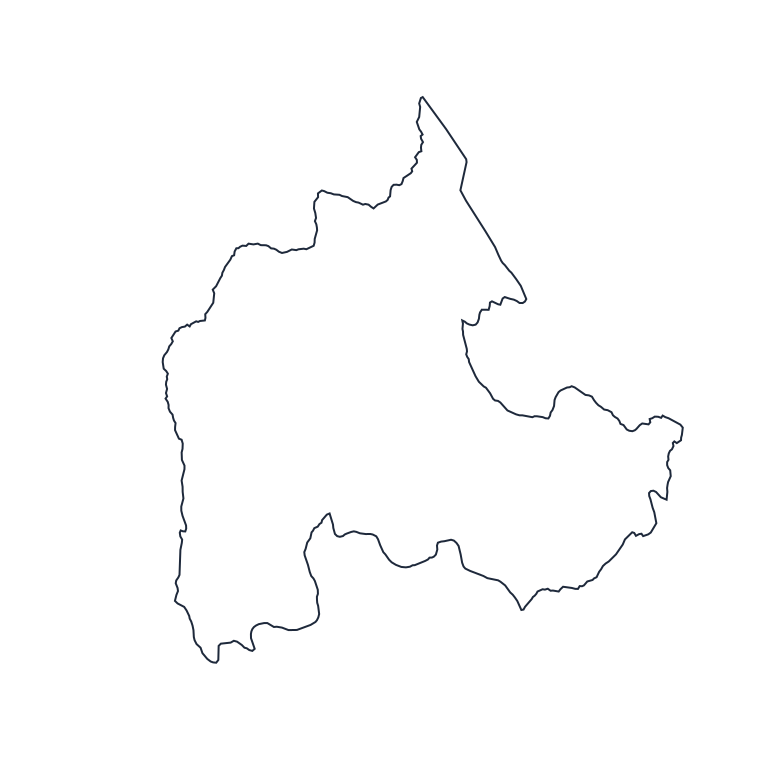 outline of Sirisia, Western, Kenya, rotated 161°
{"feature_id": "3690345B98600192059761", "entity_name": "Sirisia", "entity_type": "district", "adm_level": 2, "iso_a3": "KEN", "parent_name": "Kenya", "parent_adm1": "Western", "projection": "equal_earth", "projection_center": [34.469, 0.737], "detail": "fine", "context": "isolated", "style": "outline", "palette": "slate", "viewbox_px": 768, "rotation_deg": 161, "n_neighbors": 0, "source": "geoboundaries", "source_scale": "gbopen_adm2", "svg_char_len": 6154}
<svg xmlns="http://www.w3.org/2000/svg" viewBox="0 0 768 768"><g transform="rotate(161 384 384)"><path d="M466.4,560.8L469.3,559.4L472.8,560.9L475.4,560.6L477.4,559.8L479.4,560.4L482.1,557.9L483.8,554.5L486.2,554.4L488.8,551.6L496.2,546.4L498.3,543.9L500.6,541.8L502.0,539.2L504.2,537.5L510.9,531.1L515.2,529.0L515.0,525.0L519.0,516.4L527.6,509.7L530.3,508.2L531.3,504.6L532.7,502.4L537.5,503.5L539.5,503.2L541.2,504.4L547.1,503.4L549.0,501.7L550.8,504.2L553.6,503.1L556.5,503.6L559.2,503.3L561.1,501.4L564.0,501.5L570.1,496.7L569.8,493.1L572.2,491.0L574.8,489.5L576.6,487.0L578.8,484.9L582.4,482.7L584.6,480.2L586.1,476.8L587.3,470.2L585.7,467.1L585.0,464.1L587.0,461.7L587.4,459.1L589.2,457.0L590.4,454.3L590.7,450.0L593.1,446.4L593.1,442.9L595.3,441.3L594.3,437.6L594.5,434.3L595.6,431.3L595.4,427.5L593.9,423.9L594.4,420.7L594.5,417.9L593.8,414.9L595.5,411.4L596.6,408.4L595.7,399.1L593.5,397.2L593.7,393.2L595.6,388.3L597.6,385.2L599.8,378.0L599.2,371.8L600.4,368.4L606.8,358.6L607.9,352.4L609.5,347.5L610.9,341.1L615.6,334.1L616.9,330.2L617.4,325.0L617.2,314.7L618.1,311.7L619.9,309.3L622.1,310.2L623.9,311.7L625.5,309.9L626.2,306.2L625.5,302.6L626.9,299.6L630.5,293.5L639.5,270.1L641.5,268.0L644.4,265.9L645.8,263.4L645.6,258.3L646.2,255.3L648.9,252.2L652.3,247.0L650.6,243.7L645.5,238.3L644.4,234.1L643.7,228.1L644.1,225.4L643.6,222.2L643.7,217.8L644.3,213.3L646.2,206.6L646.5,203.4L645.9,199.1L643.3,194.4L643.3,188.6L640.6,181.6L638.2,178.0L636.2,176.4L633.4,175.1L630.5,177.0L625.6,190.2L622.8,191.6L613.2,189.4L609.6,190.1L606.8,188.2L603.4,183.5L601.8,180.1L599.8,178.8L598.0,176.3L595.4,174.5L592.5,175.7L592.5,187.0L591.2,191.0L589.9,193.3L588.3,195.1L586.2,196.5L583.7,197.3L580.6,197.7L575.3,197.0L572.1,195.9L567.2,190.1L564.4,189.4L559.8,186.9L554.4,182.4L546.4,179.8L531.9,180.1L526.3,181.3L524.3,182.5L522.1,184.7L520.2,187.6L518.5,195.7L518.4,198.8L517.7,201.5L516.7,204.7L514.8,207.1L513.6,211.0L513.5,220.2L514.0,223.1L515.3,226.1L515.4,230.4L514.8,237.7L514.8,247.8L514.1,251.0L511.8,253.6L508.2,259.1L503.9,262.1L500.8,267.3L498.9,268.4L496.8,270.4L493.1,270.7L490.6,272.6L488.3,273.2L486.8,275.5L480.6,279.1L477.6,279.3L478.0,267.7L478.8,264.4L479.2,258.2L477.8,255.4L475.5,253.9L472.3,253.6L470.1,254.5L468.1,254.7L463.2,254.8L460.5,254.5L458.3,253.2L455.4,250.7L450.2,248.1L445.7,246.6L443.7,245.4L440.9,242.5L440.2,239.2L440.1,232.9L439.4,225.2L438.2,222.5L436.4,216.2L434.8,212.9L431.6,209.1L427.2,205.4L423.0,203.5L418.9,202.8L416.0,203.3L413.9,202.7L402.7,203.3L399.5,203.8L397.5,205.0L395.2,204.3L393.1,204.5L390.5,205.8L387.5,210.1L386.5,214.0L384.7,216.4L381.3,216.4L378.1,215.7L371.3,214.9L368.9,213.2L367.2,210.1L366.2,206.6L367.0,198.0L368.3,189.6L368.2,185.5L367.2,183.0L363.4,179.2L352.5,170.1L349.5,166.8L340.0,161.2L338.3,159.2L335.0,154.1L332.5,145.8L330.9,142.9L329.7,139.4L328.6,135.4L327.7,125.6L325.5,125.3L323.2,127.4L314.3,132.6L312.6,134.1L310.4,134.8L308.2,136.1L306.4,137.8L300.9,138.3L298.8,137.2L295.8,137.1L293.8,134.3L291.5,133.7L286.4,130.9L284.0,132.5L280.7,134.0L272.8,130.0L269.8,128.0L267.3,127.1L264.8,129.2L262.5,128.3L260.5,128.5L256.1,131.1L250.6,130.8L248.7,131.8L245.9,132.1L241.7,136.4L239.0,138.2L236.3,140.6L232.9,142.1L229.3,143.0L220.1,147.4L210.5,154.5L206.8,158.6L197.6,163.0L195.9,161.7L195.2,158.4L191.7,159.0L189.3,158.6L188.5,155.8L183.1,155.8L180.1,156.7L171.8,163.7L170.2,174.8L170.3,179.5L169.6,188.3L169.7,191.7L168.9,194.6L166.6,195.9L164.0,195.4L161.9,193.3L159.1,186.8L154.5,182.6L151.2,189.7L150.2,193.5L148.7,196.4L147.3,198.8L142.9,203.5L141.5,209.2L142.6,212.0L142.7,215.1L141.7,218.0L139.7,219.7L138.9,223.0L137.3,225.7L135.3,227.7L133.0,228.5L130.5,231.1L130.1,234.2L128.2,235.2L126.4,232.8L121.5,234.1L120.5,236.6L118.9,238.9L115.7,245.5L117.0,249.1L126.1,259.0L128.8,261.1L130.8,263.4L133.0,261.8L135.5,263.8L138.6,265.0L141.6,264.3L144.2,264.4L144.7,261.1L147.0,259.7L152.7,262.6L155.6,261.8L160.0,259.3L161.8,258.6L164.5,258.5L167.4,260.0L169.3,262.0L170.9,267.2L173.4,269.3L173.5,272.4L174.4,275.3L176.5,277.8L177.7,279.9L178.1,283.3L181.0,286.4L184.2,288.2L186.3,291.8L188.2,294.1L189.6,297.1L190.7,300.4L191.5,304.3L193.9,306.5L197.1,308.1L204.8,318.7L207.3,320.8L209.5,320.5L212.1,321.1L219.1,320.4L221.6,319.5L226.0,315.7L227.9,313.4L230.4,307.8L233.2,304.5L235.7,302.8L237.4,299.9L239.8,297.9L242.4,299.0L244.7,301.0L249.9,303.7L252.1,304.5L254.5,304.3L263.5,309.4L266.1,310.3L269.0,312.3L275.9,318.8L280.0,328.6L281.7,330.9L284.4,332.3L285.7,334.5L286.7,340.7L288.8,347.3L290.5,349.2L293.6,355.3L294.9,361.5L296.4,377.0L295.8,380.0L296.5,382.6L296.6,385.3L294.9,387.8L294.3,390.3L293.2,404.7L292.2,407.9L291.9,410.5L289.7,415.4L289.3,418.6L287.2,416.5L286.0,414.4L283.9,412.4L281.0,410.6L278.0,410.3L275.5,411.7L273.0,414.8L271.3,418.4L269.9,420.4L267.3,422.4L260.9,420.1L258.7,423.3L257.3,426.5L255.0,427.0L250.1,422.2L248.2,421.1L244.0,426.2L241.6,426.9L236.9,423.4L233.8,421.5L231.4,419.2L229.5,416.5L226.5,415.4L223.9,416.1L221.8,418.0L222.7,432.2L224.9,440.2L227.3,447.8L228.7,450.3L231.0,457.0L232.4,459.8L233.1,462.5L233.8,468.9L234.4,477.3L238.4,495.5L246.8,530.7L248.7,542.3L233.7,566.9L233.1,569.8L242.3,604.8L254.0,642.7L256.0,642.4L259.4,637.8L259.6,634.2L263.8,625.0L267.7,621.1L267.7,613.2L266.8,610.5L266.3,607.3L268.6,606.5L269.1,603.8L268.4,600.0L270.9,598.0L272.1,595.4L272.9,591.9L275.6,591.9L280.8,588.3L280.0,585.2L280.8,582.5L287.9,578.7L288.1,575.9L290.0,574.6L298.5,572.4L300.3,569.7L302.4,567.3L304.8,567.0L307.3,568.4L310.1,569.2L312.6,567.9L314.6,565.2L317.2,559.4L319.0,558.8L320.6,556.9L322.8,556.0L331.5,555.7L336.7,553.4L338.5,555.7L340.2,558.6L343.1,560.3L345.5,560.4L349.0,563.8L351.3,565.1L353.6,567.2L357.5,572.5L362.5,575.4L364.5,577.4L369.7,579.6L372.2,581.7L375.3,583.3L377.8,585.9L379.8,587.2L384.4,585.7L385.5,582.1L390.5,578.9L393.1,572.7L393.3,568.0L394.2,563.1L396.3,560.5L396.0,557.0L396.5,553.8L397.2,551.1L402.3,543.7L403.6,540.3L405.5,537.6L413.5,536.7L415.9,538.1L421.0,539.2L423.3,539.1L427.4,541.2L432.7,540.5L437.8,541.1L440.3,543.3L442.1,546.0L444.0,547.8L446.6,549.0L448.4,552.0L450.4,553.6L455.3,555.4L457.6,557.8L462.0,558.5L466.4,560.8Z" fill="none" stroke="#1e293b" stroke-width="2"/></g></svg>